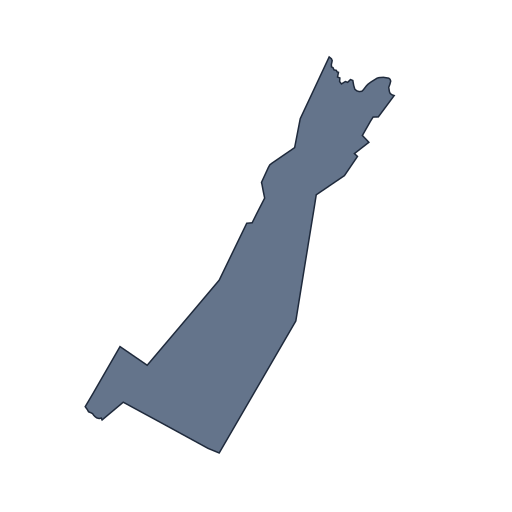 Jurema, Piauí, Brazil, rotated 211°
{"feature_id": "56859067B6948842006318", "entity_name": "Jurema", "entity_type": "district", "adm_level": 2, "iso_a3": "BRA", "parent_name": "Brazil", "parent_adm1": "Piauí", "projection": "natural_earth1", "projection_center": [-43.132, -9.058], "detail": "fine", "context": "isolated", "style": "filled", "palette": "slate", "viewbox_px": 512, "rotation_deg": 211, "n_neighbors": 0, "source": "geoboundaries", "source_scale": "gbopen_adm2", "svg_char_len": 1293}
<svg xmlns="http://www.w3.org/2000/svg" viewBox="0 0 512 512"><g transform="rotate(211 256 256)"><path d="M280.8,279.3L279.0,259.4L278.2,250.5L275.1,216.4L281.5,176.7L293.0,106.3L325.9,108.3L324.9,54.2L324.8,38.9L323.0,38.1L321.5,37.5L319.3,36.2L316.8,36.6L314.9,36.7L313.1,35.9L311.2,35.4L309.1,35.2L306.7,35.9L305.2,37.4L303.5,36.2L294.5,62.3L274.0,63.2L260.8,63.8L198.0,66.4L186.1,68.2L188.4,220.8L208.9,272.0L215.6,288.8L217.1,292.5L226.7,316.6L231.0,327.4L235.9,339.5L222.7,368.1L221.6,370.4L220.3,393.6L224.4,394.5L217.8,411.6L226.9,414.1L227.3,430.8L227.2,435.4L222.8,438.2L220.2,464.7L222.4,464.2L224.6,464.4L226.1,465.4L229.1,468.9L229.7,472.2L230.6,475.3L232.1,476.5L233.8,476.8L238.8,474.8L242.4,472.3L243.8,470.8L247.1,464.3L248.5,460.9L249.0,458.7L249.6,453.6L250.1,451.7L252.2,450.1L254.5,449.5L257.1,449.8L260.0,452.4L263.4,456.3L265.9,455.9L266.9,452.0L269.2,451.6L271.4,447.5L274.2,448.6L275.8,451.8L278.3,451.4L279.9,455.9L281.5,455.6L282.7,456.5L285.0,455.7L287.0,457.1L288.7,457.0L290.1,459.1L290.6,460.7L291.3,462.7L292.9,463.9L295.8,464.3L291.5,422.9L288.8,396.5L279.8,371.8L278.7,368.8L290.0,344.1L291.1,341.3L291.0,338.2L289.2,321.9L287.8,320.5L283.1,315.2L278.4,310.1L277.2,292.5L276.4,282.5L280.8,279.3Z" fill="#64748b" stroke="#1e293b" stroke-width="1.5"/></g></svg>